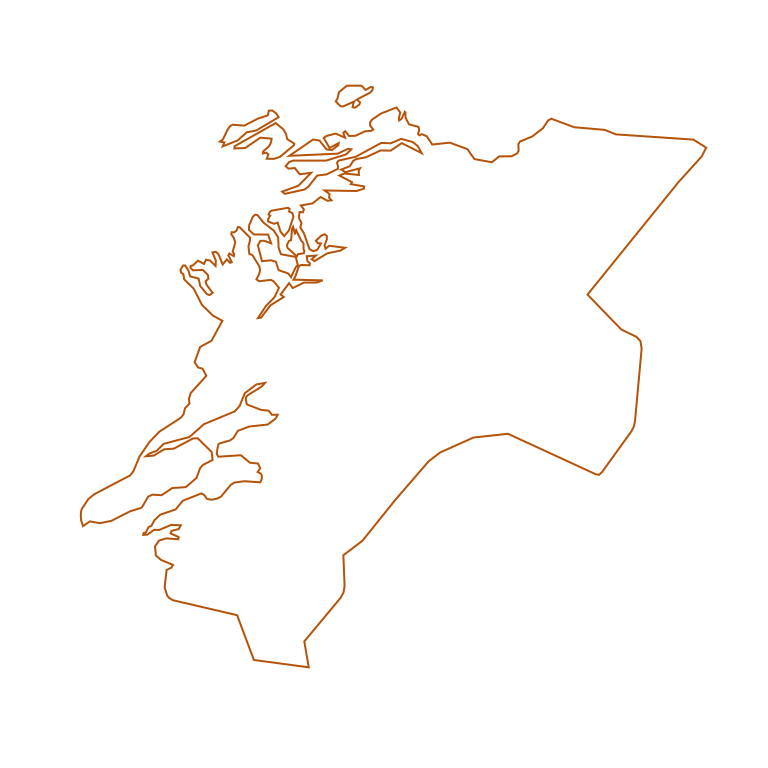 an SVG outline of Nord-Trøndelag, rotated 10°
{"feature_id": "NOR-925", "entity_name": "Nord-Trøndelag", "entity_type": "County", "adm_level": 1, "iso_a3": "NOR", "parent_name": "Norway", "parent_adm1": "", "projection": "mercator", "projection_center": [11.396, 64.165], "detail": "fine", "context": "isolated", "style": "outline", "palette": "amber", "viewbox_px": 768, "rotation_deg": 10, "n_neighbors": 0, "source": "natural_earth", "source_scale": "10m", "svg_char_len": 6155}
<svg xmlns="http://www.w3.org/2000/svg" viewBox="0 0 768 768"><g transform="rotate(10 384 384)"><path d="M660.2,95.3L657.4,104.7L639.1,133.8L568.9,260.6L608.3,289.2L624.3,293.7L629.1,297.2L631.6,304.6L637.6,376.7L637.5,382.2L635.8,387.8L613.9,433.1L611.5,436.1L608.2,436.1L514.7,411.5L481.4,421.2L451.3,441.6L441.5,452.2L415.1,496.4L390.0,542.1L373.7,559.7L380.3,589.9L380.3,596.5L378.3,602.3L350.2,651.3L359.1,676.1L303.8,678.4L279.5,637.2L213.7,633.6L209.7,632.0L207.4,630.3L203.3,622.4L202.2,604.9L206.5,601.8L207.6,598.8L195.1,596.0L189.2,592.6L186.7,583.7L189.6,577.3L196.2,573.9L208.4,572.6L208.4,570.4L199.7,568.2L200.3,565.5L207.0,562.5L208.4,558.4L198.9,559.7L187.9,566.8L182.9,567.5L177.2,573.4L173.1,574.4L173.1,572.6L175.2,571.6L177.0,565.8L179.6,564.0L181.5,558.1L186.3,551.6L200.6,543.7L206.1,533.9L223.1,523.5L226.2,524.4L229.6,527.9L234.5,527.9L239.4,525.9L243.0,523.3L250.7,509.8L253.9,507.0L263.3,504.0L279.3,502.3L280.1,498.8L279.6,495.5L278.2,493.6L274.8,492.6L276.7,488.5L273.7,484.2L265.7,484.8L255.4,479.0L233.4,484.4L231.4,481.8L231.2,476.2L231.4,472.3L232.1,471.2L242.0,466.4L245.2,463.3L248.2,455.5L258.4,449.4L276.5,444.1L283.2,437.0L284.6,432.7L278.9,433.8L275.1,430.3L267.2,430.8L253.4,428.1L252.3,427.6L250.7,423.4L250.5,420.6L252.1,418.4L264.4,407.3L266.6,403.6L258.4,406.6L248.5,417.2L245.6,430.7L241.8,436.9L213.7,454.8L201.6,470.0L177.4,481.2L171.7,489.3L165.0,493.2L162.1,496.5L169.8,494.4L179.0,486.4L188.2,484.2L205.4,470.8L210.0,469.8L226.1,480.9L228.4,488.5L219.6,495.3L217.5,498.8L215.7,509.0L206.7,520.0L193.6,523.2L184.3,532.1L175.1,533.2L171.3,535.9L167.2,547.1L165.9,548.4L156.3,553.3L139.3,566.1L128.5,570.4L118.1,570.4L112.3,576.3L109.5,571.1L108.4,567.0L107.8,562.7L108.0,559.8L112.8,548.7L117.9,542.8L150.0,518.0L152.4,513.2L155.8,497.9L163.1,481.8L171.1,469.9L189.8,452.5L191.9,448.6L192.2,442.5L195.8,437.1L194.5,432.2L195.2,426.5L207.6,406.8L202.6,400.4L198.1,400.0L193.7,395.5L196.5,379.4L206.6,371.4L213.9,349.8L203.5,346.3L190.8,337.5L180.1,323.2L169.0,315.6L167.4,310.8L164.9,309.6L163.7,306.7L165.5,302.2L167.6,301.8L171.8,306.4L174.4,311.7L183.1,312.4L186.0,319.4L194.1,326.3L196.8,326.7L199.4,324.0L192.0,317.0L190.4,313.8L192.8,310.8L191.7,307.3L185.9,303.1L176.2,305.2L173.1,303.1L173.1,301.2L175.0,300.6L179.4,294.9L185.9,297.0L187.1,292.6L191.2,292.6L197.6,297.0L197.0,291.8L192.2,284.2L195.4,283.0L198.5,285.0L204.4,294.3L207.6,288.6L211.4,291.4L212.9,290.5L208.4,284.2L209.1,282.4L213.9,284.2L213.9,281.9L212.0,280.2L212.9,270.4L210.7,266.1L207.6,263.1L207.6,261.0L210.0,260.7L212.1,258.7L212.9,254.7L214.8,254.8L226.6,263.1L227.1,266.1L226.6,271.9L228.7,279.2L232.1,280.0L240.8,289.8L242.2,293.1L242.0,297.1L240.2,303.1L243.2,304.5L254.4,301.1L257.6,302.1L263.9,307.5L261.1,317.6L254.3,327.4L248.4,341.0L251.4,340.0L258.4,326.3L270.2,315.7L266.6,313.8L273.0,301.2L277.4,305.4L287.6,298.0L299.8,295.9L305.6,292.6L276.7,297.0L278.0,293.6L279.7,283.0L281.6,281.2L290.1,280.0L290.1,277.9L287.3,276.3L285.7,271.6L294.7,269.3L291.1,273.7L294.2,275.0L305.6,265.1L318.1,260.1L322.0,256.6L306.0,257.4L302.9,261.0L301.4,257.9L302.6,251.6L302.0,248.2L299.6,246.8L296.7,248.6L292.0,254.7L294.5,256.8L297.5,256.6L295.1,263.4L291.2,265.5L287.1,264.0L278.9,249.3L274.4,244.4L274.8,239.7L271.9,236.1L271.1,233.1L271.1,229.2L274.3,229.0L274.8,226.0L271.1,222.6L282.2,218.6L289.1,210.9L296.6,213.4L300.3,212.2L297.5,209.9L297.5,206.5L292.0,203.7L323.4,198.7L330.2,195.2L330.2,192.9L316.6,192.9L317.5,190.8L303.9,186.5L308.4,183.6L323.0,182.5L322.0,178.0L323.0,175.7L309.2,182.1L304.7,180.2L312.5,175.5L314.9,169.7L317.4,167.4L326.6,164.0L340.1,154.6L350.1,153.0L359.6,143.7L381.0,150.1L375.9,143.8L370.2,140.7L358.3,139.6L348.8,145.8L339.5,147.0L316.6,165.2L300.4,171.9L299.3,174.3L301.1,178.0L301.1,180.2L291.2,187.5L282.0,190.3L275.2,202.9L272.1,206.2L253.2,214.0L250.3,212.2L265.2,203.7L275.6,188.7L264.5,192.1L258.7,186.8L252.4,188.5L249.3,186.5L252.1,181.8L256.0,179.7L288.1,174.1L306.8,164.5L311.0,158.6L307.8,158.6L298.4,165.2L251.2,175.7L271.8,155.5L278.3,155.5L286.5,162.9L292.1,162.7L297.5,156.7L297.5,154.6L289.4,161.0L281.9,152.2L284.3,149.7L292.9,145.8L302.9,148.2L300.3,143.7L302.0,141.8L306.5,145.8L312.8,144.5L321.5,138.4L327.3,137.0L329.3,135.3L325.3,131.6L324.9,128.7L326.5,125.5L334.3,118.0L348.3,109.5L352.8,113.7L352.5,119.9L353.2,121.8L355.3,119.7L357.2,112.3L357.9,112.8L359.0,118.1L363.5,123.9L373.3,124.8L374.5,127.7L374.1,131.8L375.6,133.0L377.9,131.4L383.1,132.6L389.9,139.8L406.8,134.9L425.3,138.2L434.0,146.8L451.8,146.9L457.8,139.9L470.0,137.6L475.0,133.9L476.1,131.0L474.7,124.7L475.7,121.7L486.9,114.6L496.1,104.5L499.8,96.0L502.7,93.7L526.7,98.1L557.3,95.4L569.0,97.9L646.3,89.6L660.2,95.3ZM256.6,268.3L260.0,274.1L275.0,274.2L278.5,281.9L276.8,284.4L273.9,294.9L270.5,291.8L260.5,290.2L256.3,282.4L251.4,281.8L242.5,284.2L235.7,269.3L237.4,264.5L241.2,263.7L248.4,265.1L244.0,257.0L229.8,259.3L224.3,255.7L223.6,251.2L225.8,242.1L227.5,239.7L230.0,239.6L237.5,246.1L249.0,252.2L254.3,258.0L256.6,268.3ZM230.7,161.9L219.4,162.9L206.3,175.7L195.7,178.0L195.7,175.7L232.1,145.8L240.8,150.8L244.2,154.9L246.1,159.6L253.9,162.9L253.9,164.4L242.0,178.5L236.2,181.5L229.4,182.5L230.3,178.0L227.6,176.6L224.7,178.0L224.7,175.7L229.3,170.2L230.8,165.7L230.7,161.9ZM197.6,169.5L183.9,178.0L184.9,173.8L180.3,173.8L182.9,171.1L185.6,161.2L187.6,156.7L190.0,154.9L201.6,153.8L213.8,144.5L222.9,139.6L223.1,134.8L226.5,134.1L230.9,136.2L233.9,139.6L214.0,156.6L205.2,159.9L197.6,169.5ZM319.6,93.6L321.6,93.9L321.6,96.6L320.1,99.1L307.9,108.6L311.5,110.8L311.2,113.1L307.4,117.0L305.0,116.8L305.1,112.3L305.8,110.8L295.5,117.8L292.7,117.9L287.4,114.0L288.6,111.1L289.0,104.4L295.6,96.7L309.9,94.1L314.8,97.6L319.6,93.6ZM265.8,234.8L263.7,249.3L260.0,255.7L255.7,252.0L251.2,243.5L247.9,245.3L241.6,244.1L241.2,241.9L242.7,237.9L240.9,237.2L241.7,234.3L243.2,232.8L258.9,227.1L260.6,227.9L260.6,230.6L264.0,231.6L265.8,234.8ZM280.3,259.4L281.3,265.1L282.5,266.9L282.3,269.2L276.7,271.1L276.0,273.4L265.2,266.6L264.3,263.8L265.6,259.6L267.5,258.4L266.5,247.1L267.2,245.0L270.5,252.2L270.2,249.4L270.7,247.6L277.5,257.1L280.3,259.4Z" fill="none" stroke="#b45309" stroke-width="2"/></g></svg>